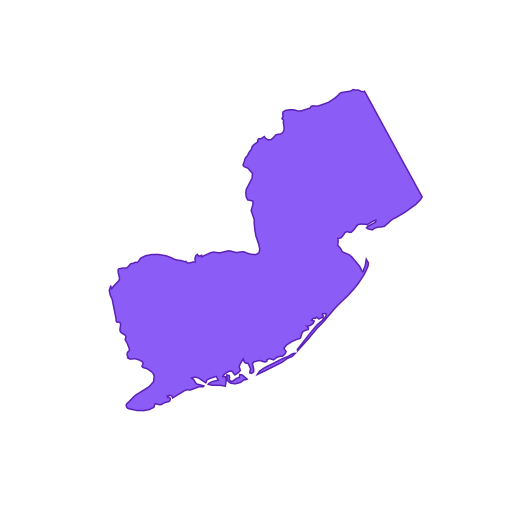 outline of New Jersey, rotated 32°
{"feature_id": "USA-3558", "entity_name": "New Jersey", "entity_type": "State", "adm_level": 1, "iso_a3": "USA", "parent_name": "United States of America", "parent_adm1": "", "projection": "robinson", "projection_center": [-74.673, 40.14], "detail": "fine", "context": "isolated", "style": "filled", "palette": "violet", "viewbox_px": 512, "rotation_deg": 32, "n_neighbors": 0, "source": "natural_earth", "source_scale": "10m", "svg_char_len": 5509}
<svg xmlns="http://www.w3.org/2000/svg" viewBox="0 0 512 512"><g transform="rotate(32 256 256)"><path d="M148.6,357.9L149.1,358.9L149.8,359.6L150.9,360.2L151.2,357.1L152.7,349.7L152.3,347.4L147.8,342.9L146.4,340.9L146.5,339.6L149.4,336.8L151.9,335.3L152.8,334.5L153.2,333.0L153.5,330.7L154.0,328.7L155.8,327.3L156.4,326.1L157.3,325.0L158.8,324.4L159.1,323.7L159.3,319.0L162.2,314.3L166.7,310.1L171.9,306.7L179.4,303.5L185.1,302.3L188.0,302.1L190.3,301.6L195.1,299.5L198.3,298.7L198.5,298.6L199.4,297.7L201.6,298.3L203.6,296.9L205.5,294.7L207.7,293.2L205.7,290.7L204.8,287.6L205.4,285.7L207.7,286.5L209.5,284.3L210.3,285.5L215.6,277.5L217.7,275.3L222.3,273.2L224.1,272.1L229.4,266.6L231.4,265.4L236.4,263.9L237.8,263.3L242.4,259.4L243.7,258.8L247.0,258.3L251.4,257.0L255.3,254.7L256.9,251.6L255.5,248.1L252.1,244.6L245.1,238.9L240.9,234.1L236.4,228.2L236.0,227.2L234.8,225.7L227.8,220.0L226.0,213.7L224.3,211.0L219.1,212.8L216.2,210.9L213.7,207.6L212.4,204.6L211.4,192.0L209.2,187.8L202.5,185.8L198.5,186.5L196.8,185.8L195.8,181.3L195.3,179.6L195.0,177.9L195.6,176.3L195.2,171.2L195.3,169.6L195.7,168.4L195.2,166.8L194.7,164.8L195.3,162.6L197.1,158.0L196.7,157.9L196.2,156.8L196.0,155.4L196.6,154.8L197.6,154.3L198.5,153.0L199.7,150.3L202.2,151.3L204.9,151.0L207.1,149.4L208.0,146.5L208.7,142.6L210.3,141.0L212.1,139.8L213.4,137.0L212.9,133.9L211.0,131.2L209.0,129.0L208.0,127.6L207.8,126.7L207.2,126.1L206.5,125.9L205.7,125.9L205.2,125.7L205.2,125.1L205.3,124.3L205.2,123.7L203.7,121.7L202.9,120.4L202.6,119.3L204.0,116.7L207.0,114.2L210.1,112.2L212.1,111.5L215.0,110.7L217.5,108.9L222.9,102.5L223.4,102.3L223.5,101.9L223.4,99.9L224.0,99.2L225.2,98.2L226.6,97.5L227.6,97.1L229.3,95.8L236.1,87.2L239.3,80.1L240.6,75.6L240.7,74.5L241.6,72.3L248.8,66.1L249.1,65.7L249.8,64.1L250.2,63.4L250.8,63.0L252.3,62.8L254.0,61.4L255.4,60.9L258.3,60.7L260.9,59.1L260.9,58.9L274.0,66.2L287.0,73.6L300.1,81.0L313.2,88.4L326.3,95.8L339.4,103.1L352.5,110.5L365.6,117.9L365.6,121.0L364.2,127.5L359.4,139.3L354.5,149.0L352.6,151.9L351.6,154.2L351.0,156.5L350.7,158.1L349.8,160.4L349.3,162.6L347.1,164.8L344.1,166.9L341.7,169.8L340.8,172.2L338.9,172.9L336.2,173.7L334.7,173.5L335.1,171.7L339.5,164.0L338.6,162.0L336.8,164.4L335.8,166.3L334.7,168.7L333.6,170.7L332.2,170.9L329.8,172.4L328.3,173.1L325.7,175.5L325.0,182.4L324.2,185.5L322.7,186.4L320.5,187.0L319.0,188.8L319.1,191.3L318.6,195.0L317.8,196.4L316.1,197.6L317.8,199.9L319.6,203.6L324.2,205.0L326.3,206.4L327.5,206.7L334.3,205.6L337.7,206.0L349.3,209.8L354.6,213.0L355.2,212.1L354.3,209.8L353.9,206.7L351.2,200.3L355.0,202.3L356.4,205.4L356.9,208.6L357.5,214.2L357.3,225.0L356.4,232.7L354.8,241.3L352.3,250.9L351.3,255.2L350.4,260.0L349.7,265.1L348.9,270.1L348.5,273.4L347.6,278.4L346.0,285.4L345.6,288.9L344.9,293.7L344.3,298.3L341.5,314.4L340.6,313.3L343.1,290.5L344.2,282.4L345.1,279.2L346.2,276.0L347.0,272.2L347.1,269.1L345.7,267.9L343.1,269.7L343.4,270.9L344.9,271.2L345.4,273.0L343.8,273.9L342.8,276.1L340.0,275.7L339.3,277.5L337.6,278.4L337.1,281.0L339.8,280.3L340.2,282.7L338.9,286.2L336.2,288.7L338.8,289.2L339.2,290.7L337.0,293.3L335.7,295.7L336.3,298.8L337.1,301.5L337.0,302.6L334.5,305.5L331.8,309.5L329.1,315.1L328.6,319.6L332.2,321.1L332.5,323.4L331.8,326.2L331.6,326.9L329.8,328.1L327.5,330.7L325.9,334.8L321.5,336.0L320.4,338.0L321.0,339.6L319.8,341.2L317.2,342.0L315.2,342.3L313.1,343.9L310.2,347.0L310.1,349.3L313.6,352.6L315.4,355.6L314.4,358.0L312.6,358.3L311.9,357.0L311.6,355.4L311.2,354.5L306.2,351.2L304.2,352.3L302.5,352.2L301.0,351.2L299.7,350.1L299.8,356.1L300.5,359.0L302.1,360.2L303.4,361.4L302.9,364.1L301.2,368.0L299.2,367.5L297.8,366.7L296.3,366.5L294.3,368.0L293.4,369.3L292.5,371.4L291.7,373.7L291.6,375.8L294.0,374.6L296.1,376.5L297.8,379.7L298.9,382.7L294.8,384.3L287.0,389.0L283.4,390.2L283.4,389.3L284.6,387.0L286.2,384.9L289.8,381.4L286.1,379.1L281.8,384.3L280.0,387.2L280.6,389.3L280.6,390.2L272.1,389.9L268.4,390.9L266.0,393.7L268.4,393.8L270.1,394.5L271.6,395.4L273.4,396.0L280.6,393.7L280.6,394.8L276.9,397.2L271.3,404.5L268.3,406.0L266.8,408.0L260.5,420.6L259.1,419.5L257.7,419.4L256.3,420.1L255.0,421.6L255.7,421.6L255.8,421.8L255.8,422.1L256.0,422.7L257.3,421.9L258.5,422.1L259.4,423.1L259.6,424.9L258.9,426.0L255.7,429.4L254.6,431.9L253.5,432.9L252.2,433.6L248.9,434.5L248.8,435.7L249.3,437.2L249.6,438.4L246.9,442.8L242.5,446.8L237.3,449.9L229.6,452.8L228.1,453.1L226.7,452.8L224.9,451.3L224.7,449.6L225.3,447.8L225.7,445.8L226.4,442.8L227.0,439.6L228.1,436.8L234.7,423.3L235.7,416.9L233.2,411.6L231.0,410.1L228.9,409.5L223.5,409.3L222.5,409.5L220.2,410.2L218.9,410.4L217.7,410.0L217.5,409.1L217.6,407.8L217.1,406.5L215.3,405.9L212.5,406.0L208.3,407.0L206.4,408.2L205.0,409.4L203.5,410.3L201.1,410.4L201.3,409.6L199.4,408.5L198.4,407.0L198.1,405.6L198.6,403.6L198.4,402.7L197.2,401.4L192.4,397.8L190.5,397.0L189.4,396.3L188.4,393.2L187.4,392.5L182.3,392.5L180.2,391.4L178.9,389.1L177.9,386.5L176.5,384.8L175.3,384.6L174.2,385.1L173.4,385.7L172.7,385.8L171.7,385.0L171.1,384.2L170.6,383.4L157.0,369.0L153.0,366.3L149.8,363.0L148.6,357.9ZM336.3,324.4L338.2,320.6L339.4,318.8L340.9,317.7L339.9,322.1L336.7,326.6L334.3,332.4L329.4,340.6L323.1,350.8L319.9,355.8L319.9,354.5L320.1,353.8L320.1,351.7L322.0,347.1L332.7,329.2L336.3,324.4ZM306.2,368.0L305.1,365.1L307.2,364.2L313.8,365.1L313.4,365.9L312.3,366.7L311.7,366.9L309.9,371.4L306.2,375.4L301.6,377.4L297.3,376.7L294.3,372.4L296.6,371.5L297.8,372.9L298.9,374.9L300.8,375.8L302.5,374.6L304.5,369.7L306.2,368.0Z" fill="#8b5cf6" stroke="#5b21b6" stroke-width="1.5"/></g></svg>